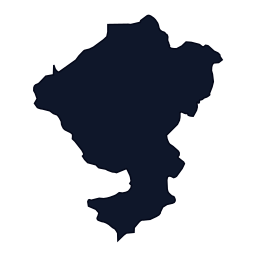 map outline of Comayagua (Mercator projection)
{"feature_id": "HND-646", "entity_name": "Comayagua", "entity_type": "Department", "adm_level": 1, "iso_a3": "HND", "parent_name": "Honduras", "parent_adm1": "", "projection": "mercator", "projection_center": [-87.57, 14.554], "detail": "fine", "context": "isolated", "style": "filled", "palette": "ink", "viewbox_px": 256, "rotation_deg": 0, "n_neighbors": 0, "source": "natural_earth", "source_scale": "10m", "svg_char_len": 3262}
<svg xmlns="http://www.w3.org/2000/svg" viewBox="0 0 256 256"><path d="M34.5,103.4L37.2,98.7L35.2,93.1L33.8,90.7L33.9,87.6L34.5,86.0L35.6,84.9L38.0,83.9L39.2,83.1L45.8,76.2L53.5,74.8L53.8,65.0L55.0,68.6L56.4,70.8L58.7,72.3L75.9,60.1L79.0,55.9L83.7,51.0L84.6,50.4L89.4,49.2L93.5,47.2L103.3,40.0L106.9,36.7L107.9,31.9L107.9,24.6L128.2,24.3L130.6,24.6L140.1,22.4L140.8,20.5L147.1,15.8L147.9,15.5L148.5,15.4L149.6,15.6L150.9,16.2L153.6,18.1L155.3,19.8L157.6,23.2L158.3,25.2L158.9,27.9L159.3,28.9L159.8,29.8L160.8,30.7L161.9,31.5L164.0,32.2L164.8,32.7L165.7,34.0L166.9,34.6L167.5,35.9L167.8,37.0L167.6,39.1L167.6,40.2L167.9,41.4L168.6,43.0L168.8,44.0L169.4,45.4L169.5,45.9L169.4,46.5L169.4,47.0L170.0,47.6L171.1,48.3L173.4,48.7L176.6,48.8L181.9,46.0L186.1,42.0L191.3,42.4L199.1,44.4L200.0,44.9L201.7,46.3L202.9,47.0L204.1,46.6L205.5,45.3L206.9,45.5L208.2,45.9L214.1,51.2L217.8,52.9L218.6,53.6L219.8,54.9L220.0,56.5L222.2,59.8L218.7,62.5L214.1,62.9L213.5,63.1L212.9,63.8L212.2,64.9L211.6,67.1L211.4,70.6L212.4,74.1L213.3,81.7L212.0,86.9L209.6,93.1L209.5,94.1L209.7,94.4L209.7,94.8L209.2,95.3L207.6,96.5L206.6,97.0L205.5,97.4L204.8,97.6L204.1,97.9L202.2,99.4L201.0,99.8L200.2,99.9L199.7,100.2L199.4,100.8L199.3,102.2L199.1,102.8L198.3,103.0L197.9,102.7L197.5,102.3L197.2,102.1L196.9,102.3L196.7,103.1L197.1,104.8L197.2,106.1L197.2,107.3L196.4,110.4L193.2,116.2L190.8,116.0L189.9,115.8L189.0,115.5L188.3,115.2L188.0,114.8L187.8,113.9L187.5,113.5L186.9,113.5L186.3,113.5L185.5,113.5L184.6,113.2L183.6,112.8L182.7,112.3L181.7,112.0L180.9,111.9L180.2,112.4L179.9,113.3L179.9,116.6L179.8,117.9L179.5,119.1L179.4,120.2L177.4,124.3L166.4,135.3L167.0,138.8L167.6,140.5L168.5,142.6L169.6,144.2L173.0,146.5L178.1,151.0L178.7,151.9L179.2,152.9L179.1,155.1L178.5,156.0L177.8,156.6L178.0,157.3L178.3,157.9L183.6,162.1L184.4,163.7L182.1,168.5L176.5,176.2L175.3,177.0L173.7,177.6L171.1,176.3L169.8,176.0L168.8,176.1L167.8,176.5L167.2,177.8L166.8,180.2L167.2,189.0L167.7,191.3L168.4,192.7L169.7,194.1L170.9,195.2L171.9,195.9L172.6,196.3L173.4,196.5L173.9,196.8L174.2,197.2L174.8,198.6L175.1,199.6L175.1,200.9L174.2,202.3L172.6,203.1L167.0,204.4L162.7,207.1L160.4,211.9L160.2,213.1L158.9,214.8L156.3,216.4L150.1,219.3L143.1,220.0L141.8,220.0L140.4,220.7L138.8,222.2L134.2,227.7L134.0,232.3L126.4,233.0L123.6,235.1L117.9,240.6L117.7,233.1L116.4,230.8L114.9,228.8L112.6,227.5L108.8,224.3L106.4,222.9L104.0,221.9L101.8,221.5L98.1,220.1L97.4,219.3L97.1,218.4L97.4,217.3L97.9,216.4L99.0,212.9L95.9,209.3L88.5,206.1L87.8,201.7L88.4,200.2L88.9,199.8L89.5,199.7L89.9,199.8L91.1,200.3L99.2,198.3L103.6,198.7L107.0,198.2L109.7,197.5L114.4,195.8L116.4,194.8L119.2,192.7L122.5,193.1L125.9,192.4L127.8,191.6L128.8,190.9L130.9,188.2L131.6,185.3L129.8,183.6L131.2,181.2L130.5,176.9L129.9,175.1L127.2,169.4L126.3,168.6L116.5,172.6L114.7,172.1L112.4,171.9L108.0,170.3L105.7,169.1L99.1,167.8L98.5,167.5L96.5,165.4L96.3,164.9L87.7,162.6L84.7,159.5L82.5,156.1L83.4,155.3L83.6,154.8L83.7,154.1L83.6,153.3L81.9,150.1L75.0,141.3L72.4,138.8L72.6,136.7L72.6,134.5L71.8,133.5L70.4,132.4L65.1,129.8L63.5,128.4L62.1,125.7L61.6,124.2L61.4,121.9L61.2,121.1L59.4,117.7L57.4,115.0L53.4,113.5L49.8,110.8L42.3,108.9L40.7,108.7L38.5,108.0L37.4,107.5L34.5,103.4Z" fill="#0f172a" stroke="#020617" stroke-width="1.5"/></svg>